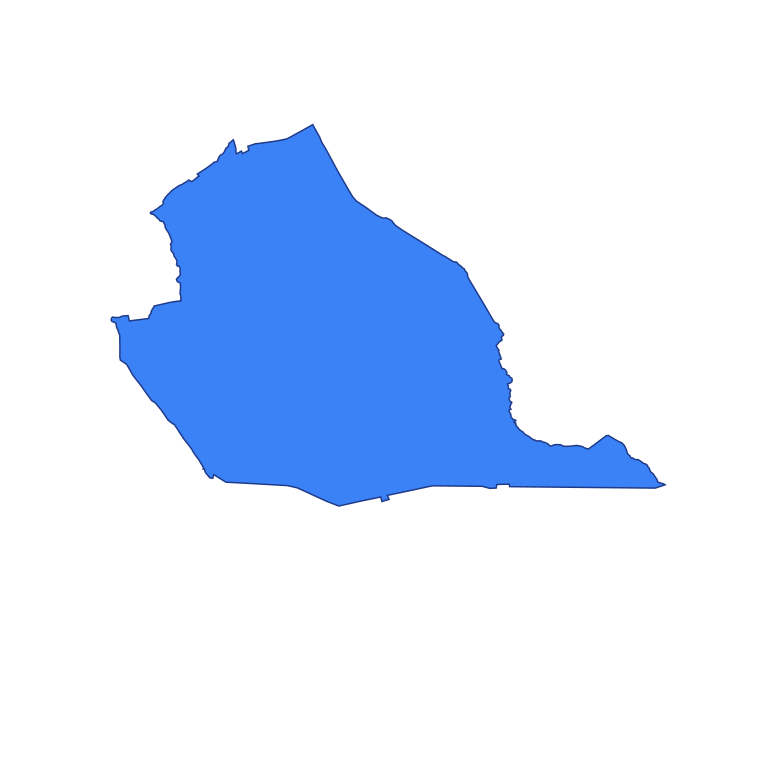 Poieni-Solca, Suceava, Romania, rotated 214°
{"feature_id": "2599482B63167741030022", "entity_name": "Poieni-Solca", "entity_type": "district", "adm_level": 2, "iso_a3": "ROU", "parent_name": "Romania", "parent_adm1": "Suceava", "projection": "albers", "projection_center": [25.88, 47.689], "detail": "fine", "context": "isolated", "style": "filled", "palette": "blue", "viewbox_px": 768, "rotation_deg": 214, "n_neighbors": 0, "source": "geoboundaries", "source_scale": "gbopen_adm2", "svg_char_len": 6157}
<svg xmlns="http://www.w3.org/2000/svg" viewBox="0 0 768 768"><g transform="rotate(214 384 384)"><path d="M615.9,256.4L608.3,256.4L602.8,253.7L597.0,250.8L584.4,246.7L575.3,243.2L567.2,240.3L565.6,240.4L563.6,240.6L562.2,240.2L559.5,239.5L554.0,237.8L542.7,233.3L536.6,232.9L535.0,233.3L533.9,232.6L530.9,231.5L527.9,230.1L524.5,228.7L519.8,226.7L510.8,223.8L506.6,222.3L504.0,220.9L500.1,219.3L496.3,218.1L490.8,215.6L487.6,214.1L486.5,213.1L486.4,212.5L485.7,213.2L482.4,210.7L476.0,208.8L473.3,210.1L474.4,213.7L460.2,214.2L435.8,228.8L407.2,245.8L397.9,249.4L365.2,254.8L353.2,257.6L338.5,273.2L323.5,288.5L320.0,285.4L315.3,291.2L319.0,293.5L287.0,326.6L245.6,354.0L237.9,356.7L232.8,360.5L234.3,363.8L224.2,371.0L222.5,369.1L100.9,449.4L94.6,457.6L96.7,457.5L100.0,456.3L101.9,456.0L102.7,456.1L103.8,456.9L104.4,457.6L107.0,458.5L110.5,460.0L113.8,460.3L114.9,460.8L116.3,462.0L117.0,462.4L118.6,462.8L119.8,463.5L120.7,464.0L122.7,463.9L124.7,463.3L127.9,463.5L130.5,463.5L131.5,463.1L133.1,462.0L134.1,461.8L136.6,461.7L137.3,461.0L138.2,461.0L140.1,462.0L142.0,462.1L143.7,462.8L146.3,465.0L149.2,466.8L151.3,467.7L154.1,468.2L155.7,467.8L158.1,467.5L161.4,467.2L169.2,466.8L171.0,465.1L171.3,464.0L175.4,452.1L178.1,444.7L178.8,444.1L182.4,443.1L184.4,443.1L187.6,441.9L189.7,440.9L191.8,439.3L193.4,437.7L194.9,436.7L196.0,435.7L198.3,434.1L200.3,432.8L201.3,432.6L202.9,432.6L204.0,432.2L206.8,430.4L208.2,429.4L209.4,428.2L210.0,427.0L210.5,426.1L211.1,425.6L211.7,425.5L212.6,425.7L214.3,425.9L215.6,425.9L218.3,425.4L219.4,424.9L219.7,424.7L221.2,424.7L222.3,424.4L223.8,423.5L225.6,422.1L226.8,421.9L227.9,421.8L228.9,421.4L230.5,421.3L232.5,421.4L234.6,421.5L236.2,421.4L238.3,421.2L239.8,421.2L240.3,421.3L241.4,421.9L243.4,421.8L245.7,421.9L247.0,422.2L247.8,422.2L248.9,422.9L250.5,423.1L251.1,423.3L251.7,424.0L252.3,424.4L252.7,425.0L253.1,425.3L253.6,425.3L254.0,424.9L254.4,424.8L255.0,425.0L255.1,425.4L254.6,426.5L254.2,427.2L254.3,427.5L254.8,427.6L255.4,427.4L257.6,426.7L258.3,427.1L258.9,427.4L259.8,427.5L260.4,427.8L261.3,429.0L262.0,429.9L262.9,430.2L264.1,430.7L264.5,431.0L265.2,431.4L265.3,431.8L265.5,432.5L265.2,433.2L264.7,433.8L264.6,434.0L264.9,434.2L265.6,434.5L266.0,434.6L266.7,435.0L267.1,436.5L267.4,437.8L267.6,438.4L267.6,439.3L267.5,439.8L267.9,440.3L268.8,440.3L269.8,440.2L270.6,440.6L271.1,441.1L272.2,441.6L272.4,442.0L272.4,442.9L272.2,443.7L272.3,444.0L272.6,444.6L273.5,445.4L274.7,447.2L275.0,447.7L275.2,448.5L275.1,449.2L275.9,450.0L276.7,450.2L277.6,449.8L278.2,449.8L278.7,450.2L279.5,451.4L280.0,452.0L280.8,452.5L281.7,452.9L281.7,453.3L280.9,454.1L280.3,454.7L279.5,456.4L279.4,457.5L279.5,458.1L280.0,458.9L280.3,459.6L280.7,459.9L281.2,460.1L282.1,460.2L282.6,460.2L283.2,460.1L284.0,460.5L284.3,460.7L285.1,460.8L285.8,460.8L286.8,460.5L287.1,460.4L287.7,460.3L288.0,460.8L288.4,461.9L288.6,462.4L289.8,462.9L291.0,463.5L292.4,463.7L293.5,463.5L294.1,463.2L294.5,462.8L295.1,462.9L295.5,463.3L297.3,464.5L298.7,465.3L300.1,466.3L301.0,466.7L301.9,467.6L302.0,468.3L301.3,469.7L301.0,470.1L300.8,470.3L303.1,472.1L307.0,474.9L307.7,475.4L307.5,476.1L308.3,476.6L309.3,476.9L309.7,477.1L311.5,477.9L312.5,478.5L312.1,481.5L312.1,483.3L310.7,486.2L313.0,488.7L312.3,491.4L312.8,492.4L314.7,492.9L317.2,494.0L319.0,494.3L320.3,495.1L321.6,497.1L323.3,497.7L324.4,497.4L326.6,496.9L329.7,498.2L344.7,505.5L371.4,518.0L374.5,519.7L376.2,521.6L377.5,522.6L380.1,523.2L381.7,524.3L383.3,524.2L385.9,524.7L389.2,524.8L391.0,525.4L392.4,525.5L393.1,525.2L393.5,524.6L393.9,524.4L395.0,524.2L399.6,524.0L405.2,523.9L405.8,523.7L406.3,523.5L423.7,523.0L454.7,521.8L463.2,521.9L467.1,523.0L468.7,523.7L469.3,523.8L469.8,523.5L471.8,523.6L473.3,523.2L474.3,523.2L474.9,523.1L476.8,521.5L477.6,521.0L478.1,520.8L480.9,520.3L484.8,519.8L492.9,520.1L497.9,520.3L509.1,520.2L514.5,521.6L522.3,525.3L540.4,534.1L563.2,546.1L570.9,549.6L575.2,552.6L585.9,558.0L588.1,559.2L595.8,544.0L601.3,533.4L602.7,531.7L609.6,524.8L620.7,514.8L625.0,511.2L629.8,505.0L628.3,503.5L626.7,502.2L630.0,496.0L632.5,497.3L634.9,492.3L636.2,493.2L638.5,496.4L640.9,498.5L644.2,501.3L645.6,502.1L646.5,498.3L647.1,497.0L646.3,494.9L646.1,493.7L646.4,492.5L646.8,491.2L646.7,489.6L646.3,487.8L646.2,485.7L646.7,483.9L647.2,482.8L647.8,481.6L647.7,480.1L647.4,478.0L647.2,477.3L646.9,476.1L646.8,475.6L647.3,474.4L648.7,473.2L650.3,468.1L651.9,463.8L656.2,453.6L653.5,452.9L654.0,452.3L655.5,447.3L656.3,444.7L657.0,444.1L658.2,444.2L659.4,443.9L659.9,444.0L660.9,440.9L661.5,440.1L662.8,437.2L663.2,436.0L664.6,434.4L666.5,429.8L668.0,425.8L668.9,421.0L669.5,417.4L669.5,412.9L669.2,411.6L668.0,410.4L667.8,409.4L668.0,408.0L668.8,406.3L669.2,405.3L670.0,402.6L672.0,397.9L673.4,396.1L673.3,395.1L672.7,394.8L671.9,394.9L669.8,395.7L666.8,395.4L666.3,395.2L665.2,394.9L663.9,394.8L662.3,394.7L661.2,394.0L660.7,394.0L659.2,394.5L658.6,395.0L657.8,395.0L657.0,394.7L655.9,393.9L654.7,393.6L653.9,392.7L653.2,391.6L650.5,390.2L646.8,388.7L641.9,385.4L640.0,383.9L639.3,383.1L639.2,382.8L639.2,382.1L639.1,380.4L638.5,379.9L637.7,379.5L637.3,379.0L636.7,377.8L635.9,376.4L634.7,375.4L633.0,374.9L631.2,374.2L630.0,373.1L629.0,372.4L627.8,372.0L626.5,371.4L625.8,371.0L624.8,370.6L624.2,369.8L623.5,368.7L623.1,367.7L622.9,367.1L621.9,366.6L621.5,366.3L620.8,366.4L620.3,367.1L619.5,367.0L618.8,366.6L617.5,365.7L616.8,364.8L616.4,363.5L615.4,362.6L614.7,361.7L614.0,360.3L613.9,359.2L614.0,358.6L614.4,357.2L614.7,355.2L614.5,354.6L613.9,354.1L612.3,353.3L612.0,353.3L611.3,353.5L610.1,353.8L609.5,353.7L609.2,353.4L608.0,352.1L607.2,351.1L603.5,344.7L603.0,344.3L602.1,343.9L601.4,343.1L598.8,339.0L600.3,338.2L604.5,334.5L607.9,331.1L618.1,320.2L617.9,319.2L617.9,317.8L617.9,316.7L617.8,315.8L617.6,314.1L616.9,312.5L616.8,312.2L616.8,309.2L616.7,308.7L615.8,307.3L615.7,307.0L615.9,306.6L622.5,300.8L630.4,293.9L634.4,297.6L638.8,294.1L640.9,290.9L643.8,289.0L646.5,287.6L646.7,286.1L646.1,284.8L645.1,283.8L643.6,283.9L641.6,284.5L639.9,284.4L638.5,282.5L636.8,281.1L635.2,280.2L634.0,279.4L632.8,278.2L631.2,277.3L630.1,276.3L622.4,265.2L618.1,258.7L615.9,256.4Z" fill="#3b82f6" stroke="#1e3a8a" stroke-width="1.5"/></g></svg>